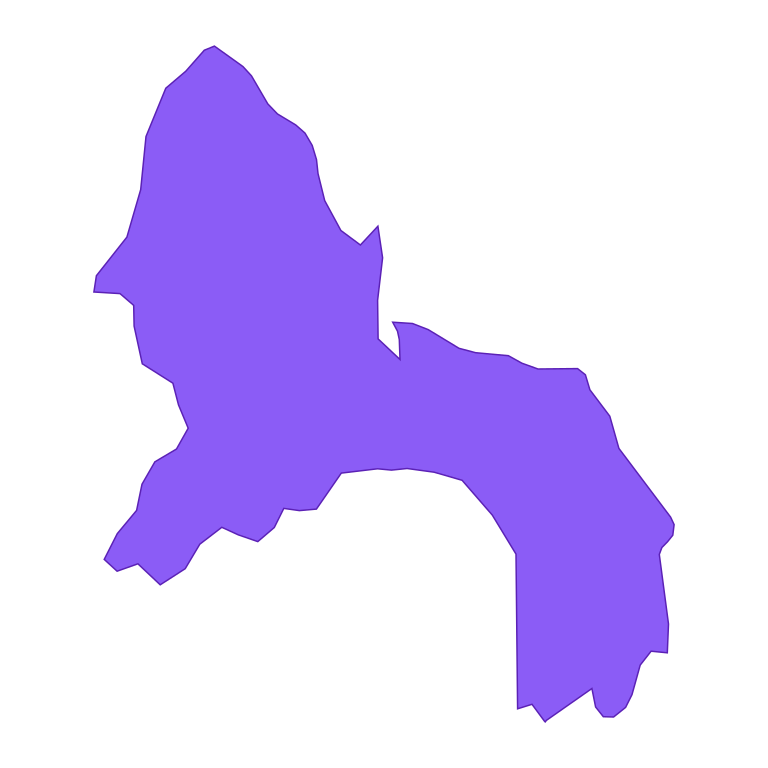 outline of Dar-Es-Salaam
{"feature_id": "TZA-3378", "entity_name": "Dar-Es-Salaam", "entity_type": "Region", "adm_level": 1, "iso_a3": "TZA", "parent_name": "United Republic of Tanzania", "parent_adm1": "", "projection": "orthographic", "projection_center": [39.274, -6.872], "detail": "fine", "context": "isolated", "style": "filled", "palette": "violet", "viewbox_px": 768, "rotation_deg": 0, "n_neighbors": 0, "source": "natural_earth", "source_scale": "10m", "svg_char_len": 1275}
<svg xmlns="http://www.w3.org/2000/svg" viewBox="0 0 768 768"><path d="M214.4,46.1L243.0,66.6L251.5,75.9L267.8,103.9L277.4,113.9L295.8,125.0L305.0,133.1L312.2,145.4L316.5,159.6L318.0,173.5L324.7,200.6L340.9,230.5L360.4,245.0L377.9,226.2L382.6,257.8L377.6,300.3L378.1,338.9L400.0,359.5L399.3,339.6L397.5,331.2L392.7,322.2L412.5,323.5L428.2,329.6L459.0,348.3L475.6,352.7L508.4,355.7L521.9,363.2L538.0,369.0L577.6,368.6L585.4,374.8L589.9,389.8L609.8,416.2L618.9,448.4L670.6,517.1L674.1,524.6L672.8,535.2L667.5,541.8L661.9,547.5L659.3,554.4L668.5,624.0L667.3,652.8L651.1,651.2L640.2,665.1L632.0,694.6L625.6,707.4L613.6,717.0L603.3,716.7L595.6,707.0L591.9,688.5L546.5,720.3L545.2,721.9L544.4,721.1L532.0,704.3L517.6,708.8L516.0,554.1L492.3,515.1L462.1,480.3L434.1,472.2L407.1,468.5L391.5,470.1L377.5,468.8L341.3,473.1L316.4,509.1L299.4,510.6L283.8,508.4L274.3,527.5L257.8,541.6L238.4,534.9L221.8,527.3L199.8,544.2L185.2,568.7L160.2,584.8L137.9,563.8L117.1,571.2L104.2,559.4L117.3,533.6L136.6,510.4L142.0,484.2L154.9,461.8L176.5,449.0L188.2,428.2L178.5,404.9L172.9,383.2L142.3,363.8L134.1,326.1L133.7,305.4L120.0,293.6L93.9,292.0L96.4,275.7L126.9,237.1L140.7,189.6L146.0,136.5L165.8,88.2L185.8,71.2L204.3,50.2L214.4,46.1Z" fill="#8b5cf6" stroke="#5b21b6" stroke-width="1.5"/></svg>